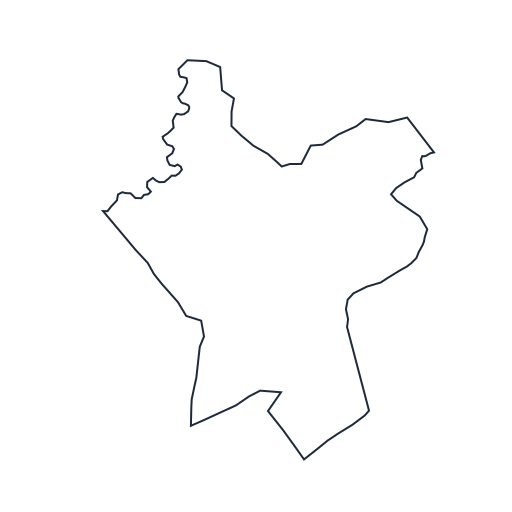 Okpe, Delta, Nigeria (Mercator projection), rotated 290°
{"feature_id": "59680162B68325668602500", "entity_name": "Okpe", "entity_type": "district", "adm_level": 2, "iso_a3": "NGA", "parent_name": "Nigeria", "parent_adm1": "Delta", "projection": "mercator", "projection_center": [5.811, 5.698], "detail": "fine", "context": "isolated", "style": "outline", "palette": "slate", "viewbox_px": 512, "rotation_deg": 290, "n_neighbors": 0, "source": "geoboundaries", "source_scale": "gbopen_adm2", "svg_char_len": 2005}
<svg xmlns="http://www.w3.org/2000/svg" viewBox="0 0 512 512"><g transform="rotate(290 256 256)"><path d="M149.3,415.1L191.6,385.8L199.7,380.2L220.5,365.8L223.8,365.1L228.1,364.1L236.8,358.7L246.3,357.1L254.2,360.3L265.1,370.6L273.7,382.2L280.9,387.6L292.1,396.5L297.7,401.4L302.4,404.4L303.3,404.8L308.9,407.4L315.6,407.6L323.2,408.8L327.0,408.9L331.7,408.1L339.7,407.8L349.1,396.4L356.0,369.5L360.2,361.8L367.8,364.5L375.9,370.3L384.0,377.6L384.5,377.7L389.0,378.2L395.2,382.4L402.6,378.0L406.8,378.1L407.1,379.8L408.6,381.8L412.1,384.6L414.2,387.8L437.8,350.7L427.1,334.7L422.2,312.2L412.2,305.9L398.4,291.9L383.4,280.5L378.5,269.7L358.0,267.1L354.0,256.3L348.9,249.6L351.5,243.5L356.0,232.1L358.7,216.0L364.2,200.8L365.5,198.0L369.7,188.5L383.5,183.6L396.5,181.4L400.1,167.4L421.3,157.7L422.1,142.6L416.5,124.6L405.0,119.2L400.1,121.8L398.5,123.7L399.2,127.1L399.4,129.9L395.6,132.0L390.6,131.7L384.8,130.9L379.4,128.4L378.1,129.0L374.9,133.0L374.5,135.2L374.8,136.7L374.5,140.7L373.3,142.2L371.6,142.8L368.7,142.7L364.7,139.9L363.2,137.2L362.4,132.6L358.1,131.7L354.7,131.5L348.4,134.7L344.5,132.9L341.1,131.1L336.1,127.5L333.8,129.1L330.3,134.5L330.5,139.8L328.5,142.3L323.9,142.2L318.4,138.5L315.4,140.1L312.1,143.7L312.6,148.9L315.1,151.0L314.2,154.8L311.8,156.8L307.2,155.3L303.9,152.9L302.7,149.3L298.9,147.4L294.2,144.6L292.3,139.9L292.6,136.4L294.1,132.4L288.4,128.5L283.4,130.1L280.5,135.2L277.2,133.6L275.1,129.8L271.1,128.5L269.2,122.8L270.8,119.4L272.0,116.7L270.7,112.7L270.1,108.4L266.6,105.3L260.7,106.3L253.1,103.0L247.3,101.1L245.9,96.9L229.0,126.2L220.7,140.5L213.6,154.4L212.5,156.6L204.2,166.2L197.8,176.6L185.9,198.5L175.8,210.9L176.5,226.6L162.5,234.7L151.5,234.2L121.1,241.6L112.6,242.7L99.3,244.6L91.3,247.1L74.2,252.9L85.5,264.7L96.6,275.9L108.7,288.2L121.7,297.5L130.9,306.0L136.5,326.1L114.4,320.3L110.2,327.1L101.5,341.2L90.5,357.4L81.3,370.7L93.4,378.2L107.3,386.6L117.5,394.1L130.5,404.4L143.4,412.8L149.3,415.1Z" fill="none" stroke="#1e293b" stroke-width="2"/></g></svg>